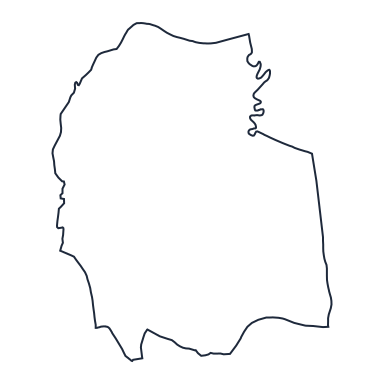 the district of Kushar, Hajjah, Yemen
{"feature_id": "15242507B36240154715338", "entity_name": "Kushar", "entity_type": "district", "adm_level": 2, "iso_a3": "YEM", "parent_name": "Yemen", "parent_adm1": "Hajjah", "projection": "equal_earth", "projection_center": [43.47, 16.172], "detail": "fine", "context": "isolated", "style": "outline", "palette": "slate", "viewbox_px": 384, "rotation_deg": 0, "n_neighbors": 0, "source": "geoboundaries", "source_scale": "gbopen_adm2", "svg_char_len": 5319}
<svg xmlns="http://www.w3.org/2000/svg" viewBox="0 0 384 384"><path d="M328.3,326.8L328.0,325.2L328.1,321.6L328.1,318.2L328.8,314.4L329.8,311.3L330.8,308.2L331.5,304.5L331.4,300.9L330.9,297.6L329.9,294.2L329.1,291.3L329.0,290.6L328.2,287.2L327.5,283.5L327.0,280.0L326.9,275.8L326.9,271.8L326.9,268.5L326.5,264.9L325.3,261.9L324.4,258.7L323.8,255.2L323.3,251.4L323.2,248.0L323.2,244.5L323.0,240.7L323.0,237.2L316.4,180.9L312.0,153.7L307.7,151.9L304.9,151.2L302.3,150.4L299.6,149.6L297.0,148.7L294.7,147.9L292.2,146.6L289.6,145.8L285.0,144.0L282.5,143.0L275.5,140.0L269.8,137.4L267.2,136.1L264.3,134.8L263.4,134.2L259.4,132.3L259.0,132.1L257.4,131.4L256.8,131.5L256.2,131.6L255.4,132.8L254.7,134.4L253.8,135.6L252.5,135.7L250.6,134.9L248.8,133.6L248.5,132.6L248.5,131.5L248.9,130.5L250.2,129.4L252.5,129.0L254.1,128.4L255.3,128.4L256.0,127.8L256.0,126.8L255.7,125.6L255.6,125.0L254.8,123.6L253.7,122.3L252.4,121.1L250.9,119.7L250.2,118.5L250.0,117.3L250.1,116.5L251.3,115.5L252.2,115.4L253.5,115.4L254.4,115.5L254.5,115.4L257.1,115.1L259.8,115.5L261.8,115.1L262.5,114.6L263.2,113.2L263.4,112.7L263.6,111.6L263.6,110.6L263.3,109.7L262.8,109.2L261.8,109.3L260.6,109.3L260.4,109.3L259.7,109.9L258.8,110.0L258.7,110.0L257.9,110.5L257.0,110.5L256.2,110.6L255.4,110.5L254.9,109.8L254.7,108.8L254.4,107.4L254.5,106.1L255.3,105.2L256.7,104.6L259.3,103.7L260.3,103.2L260.8,102.3L260.8,101.7L260.5,101.2L259.9,100.7L257.0,99.4L254.9,98.2L253.8,97.1L253.4,95.7L253.7,94.1L254.1,93.3L255.1,92.2L257.7,89.7L260.6,86.5L262.7,84.2L264.1,82.5L265.6,81.3L266.8,80.6L267.8,79.6L269.0,77.8L269.6,75.6L270.0,73.6L270.0,71.3L269.8,70.4L269.3,69.8L268.7,69.9L267.6,70.5L266.4,71.5L265.7,72.1L263.7,74.7L262.5,76.1L261.5,77.2L261.1,77.6L259.6,78.3L258.5,78.6L257.7,78.6L257.1,78.2L256.8,77.9L256.6,77.4L256.6,76.6L256.8,75.6L257.4,74.0L258.5,71.8L259.7,69.5L260.5,66.8L260.6,66.2L260.7,65.2L260.7,64.1L260.3,63.2L260.0,62.2L259.7,61.8L259.3,61.8L258.8,61.8L258.5,62.4L258.0,63.4L257.8,63.8L257.1,64.8L256.3,65.7L255.3,66.2L254.3,66.3L253.5,66.3L252.8,66.1L252.3,65.9L249.6,64.1L248.4,62.8L247.4,61.2L247.3,59.9L247.3,58.5L247.3,58.2L247.6,57.0L248.3,55.9L249.1,54.9L250.2,54.4L251.0,53.8L251.4,53.3L251.9,52.4L251.9,51.1L251.8,49.0L250.2,42.6L249.0,35.4L248.6,34.0L227.7,39.6L216.0,42.8L210.8,43.4L206.9,43.5L206.2,43.4L203.8,43.3L203.2,43.3L199.3,42.9L195.7,42.2L193.4,41.4L192.8,41.1L189.6,40.7L186.5,39.7L183.7,38.8L183.3,38.7L180.0,37.8L177.0,37.1L173.4,36.0L170.1,34.4L166.8,32.7L166.5,32.5L163.9,30.8L161.0,28.8L158.2,27.0L155.0,25.7L152.9,25.1L151.7,24.7L149.9,24.1L148.5,23.9L146.7,23.8L145.3,23.5L143.3,23.2L142.1,23.1L140.9,23.0L140.1,23.1L138.8,23.1L136.6,23.2L135.9,23.6L133.7,24.8L133.0,25.3L132.3,26.0L131.8,26.4L130.7,27.4L130.3,27.7L129.7,28.3L128.1,29.6L127.2,31.0L126.2,32.8L125.4,34.0L124.3,36.0L122.7,39.3L121.0,42.6L118.9,46.0L116.6,49.0L113.6,49.4L107.4,51.3L104.5,52.0L101.3,53.1L98.4,54.8L96.3,57.6L94.6,61.3L93.0,64.7L91.7,67.7L91.7,68.1L91.1,69.8L88.5,72.5L85.9,75.0L82.0,78.4L79.7,83.8L78.8,85.2L77.9,84.9L77.1,82.8L76.2,82.1L75.3,82.7L74.8,84.7L75.1,88.6L73.9,92.7L71.3,95.4L70.4,97.2L68.8,102.1L60.7,114.0L60.5,115.7L60.3,119.6L60.4,120.7L60.7,123.8L61.2,128.0L61.0,131.5L61.0,132.0L59.9,135.8L58.1,139.2L56.4,142.4L54.7,145.6L52.9,149.4L52.5,153.3L53.0,156.0L53.2,157.1L54.0,161.1L54.1,162.1L54.3,165.1L54.9,169.3L55.3,173.3L58.4,177.6L62.1,181.3L63.9,181.5L64.6,184.5L62.5,188.7L62.5,193.2L60.4,195.2L60.7,198.4L64.0,199.0L64.1,203.1L64.1,203.3L63.8,203.6L60.9,206.8L58.9,208.7L58.5,212.9L58.0,216.9L57.4,221.2L57.0,225.6L57.1,227.1L58.3,228.2L61.5,227.7L62.6,227.4L63.3,228.0L63.5,229.2L63.1,235.0L62.4,238.8L62.9,242.8L61.6,245.7L60.2,250.7L71.5,255.5L74.0,256.7L74.8,257.9L76.1,259.8L78.5,263.0L80.7,265.9L82.7,268.9L85.0,272.2L86.7,275.9L87.5,279.3L87.7,279.9L88.9,283.4L90.2,288.0L90.9,292.3L92.0,297.0L92.6,300.8L93.0,304.9L93.5,308.8L94.1,313.0L94.5,317.0L95.0,320.8L95.7,324.8L95.7,327.9L96.5,327.9L96.9,327.9L97.7,327.6L98.1,327.5L98.6,327.4L99.2,327.3L100.3,326.9L100.8,326.7L101.2,326.7L101.8,326.5L102.2,326.5L102.6,326.5L103.1,326.4L103.6,326.4L104.1,326.4L104.4,326.4L104.8,326.4L105.1,326.4L105.5,326.4L105.8,326.6L106.4,326.6L106.9,326.8L107.3,326.8L107.6,327.0L108.1,327.2L108.5,327.5L108.8,327.8L109.0,328.0L109.4,328.3L109.7,328.8L110.0,329.2L110.2,329.6L110.5,330.0L110.8,330.4L111.0,330.8L111.2,331.2L111.6,331.8L112.0,332.5L112.2,333.1L112.4,333.4L115.7,338.4L122.1,349.0L123.7,352.4L125.5,356.0L125.8,356.2L126.2,356.5L126.6,356.8L127.3,357.4L127.7,357.7L128.1,357.9L128.5,358.3L129.2,358.9L129.6,359.2L130.4,359.8L130.8,360.2L131.1,360.5L131.8,360.9L132.2,361.0L133.1,359.8L142.3,358.3L142.0,356.3L140.9,347.5L141.2,344.5L143.4,337.3L144.7,333.4L146.7,330.4L147.1,329.7L147.4,329.5L159.8,336.3L166.8,338.6L167.7,338.9L171.8,340.1L174.6,342.2L177.2,344.6L179.9,346.3L182.9,347.7L185.9,348.4L189.1,348.6L192.1,349.5L195.1,350.4L195.7,350.2L198.0,353.2L201.2,355.8L205.3,355.3L208.5,354.4L210.6,352.9L213.6,353.6L216.8,353.6L220.4,353.5L223.7,354.3L230.0,353.9L236.2,345.6L240.7,338.4L241.2,337.0L241.7,336.1L244.1,331.7L247.4,326.8L248.3,326.0L251.2,323.5L251.9,322.9L258.3,319.8L266.4,317.5L270.5,317.5L272.8,317.4L278.6,317.8L282.6,318.5L284.9,319.2L294.2,322.9L298.2,323.9L305.2,325.6L306.1,325.7L313.1,326.0L323.0,327.1L328.3,326.8Z" fill="none" stroke="#1e293b" stroke-width="2"/></svg>